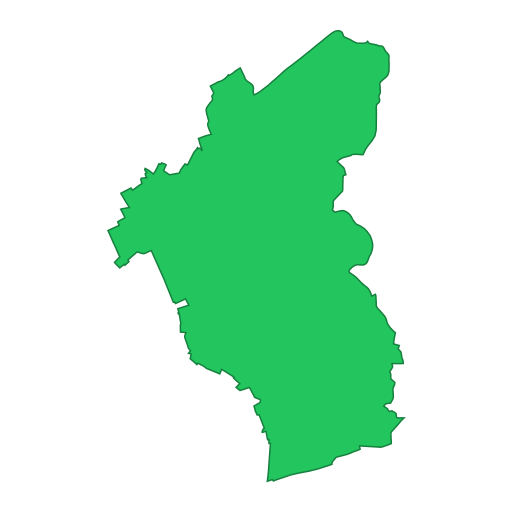 outline of An Thi, Hưng Yên, Vietnam
{"feature_id": "81297802B29202402001629", "entity_name": "An Thi", "entity_type": "district", "adm_level": 2, "iso_a3": "VNM", "parent_name": "Vietnam", "parent_adm1": "Hưng Yên", "projection": "orthographic", "projection_center": [106.109, 20.813], "detail": "fine", "context": "isolated", "style": "filled", "palette": "green", "viewbox_px": 512, "rotation_deg": 0, "n_neighbors": 0, "source": "geoboundaries", "source_scale": "gbopen_adm2", "svg_char_len": 6034}
<svg xmlns="http://www.w3.org/2000/svg" viewBox="0 0 512 512"><path d="M367.6,41.3L366.7,42.2L366.0,42.7L364.6,43.2L357.8,43.2L356.4,42.9L353.1,41.4L350.4,39.7L344.9,37.2L343.9,36.6L343.4,35.6L343.0,34.7L342.7,33.6L342.1,32.5L341.1,31.6L339.9,31.0L338.8,30.7L337.6,30.8L336.5,30.9L335.0,31.3L333.7,32.0L332.0,33.0L330.2,34.4L325.7,37.9L322.9,40.3L316.7,45.2L310.1,50.7L300.0,58.8L291.2,65.6L287.1,68.6L285.6,69.9L284.0,71.2L275.0,79.4L272.3,81.6L268.5,85.1L258.9,92.4L257.1,93.4L254.1,94.8L253.3,93.5L253.2,91.6L253.5,88.3L253.1,86.2L252.2,84.8L251.2,83.9L246.9,80.9L245.3,79.0L244.7,78.0L244.7,77.2L240.2,67.9L235.2,71.1L232.5,73.4L228.8,75.6L228.4,74.9L227.3,76.2L226.0,77.6L224.2,79.1L222.3,80.4L220.1,81.4L218.5,81.7L210.3,86.1L213.5,92.4L213.5,93.6L213.2,94.5L212.3,95.3L212.0,95.7L211.9,96.4L212.4,98.4L212.4,100.2L211.8,101.0L210.6,102.2L209.1,104.2L206.9,107.3L206.1,109.8L206.6,113.3L207.3,115.7L208.2,119.3L208.8,120.7L208.8,121.2L208.3,122.0L207.7,123.9L207.8,125.2L208.0,126.2L209.7,130.9L211.4,134.1L209.5,134.8L205.7,135.8L198.4,138.5L198.9,139.7L199.9,143.7L201.6,148.3L202.0,150.3L201.5,150.4L200.9,148.3L198.2,148.2L197.7,148.8L197.4,147.9L196.7,149.0L194.0,152.2L187.8,164.4L187.3,165.1L186.1,164.4L185.0,163.9L181.9,168.1L180.5,170.2L180.0,171.3L179.7,172.1L179.6,173.0L169.6,174.8L163.6,170.8L164.2,169.1L165.5,166.4L166.1,164.8L164.4,163.9L161.5,162.9L160.6,164.4L159.0,163.7L156.8,168.3L155.3,171.1L153.5,174.0L148.8,170.4L145.2,168.4L144.7,169.7L145.2,170.7L146.7,172.6L145.2,173.7L145.6,175.5L146.7,177.6L141.2,178.3L140.8,179.5L141.1,180.9L142.0,183.5L138.7,185.7L132.6,190.2L131.0,188.0L120.8,193.3L125.8,201.8L129.4,207.5L121.5,208.9L120.7,209.2L123.8,215.1L124.9,217.7L124.0,218.3L119.4,220.7L117.7,221.9L119.2,225.4L108.0,230.5L111.9,239.3L113.4,242.8L115.9,248.0L116.8,250.3L118.1,253.3L119.8,256.9L114.5,262.4L115.6,263.7L119.7,267.9L124.3,264.3L124.9,265.3L129.0,261.6L127.9,259.9L130.5,257.7L136.7,252.3L137.4,252.0L142.5,253.6L144.0,253.6L145.0,253.3L148.9,251.5L151.3,250.6L164.2,279.6L173.3,302.2L173.6,302.4L173.8,302.4L174.8,302.1L175.5,303.5L178.2,302.3L185.5,298.9L188.8,305.2L177.8,308.7L178.9,312.8L178.1,313.0L178.4,313.9L179.2,313.7L180.9,323.9L180.3,324.9L180.5,332.1L183.6,332.3L185.9,332.6L184.8,335.7L184.7,336.8L185.0,338.1L187.4,344.7L188.1,347.3L188.6,348.4L189.3,349.3L190.5,350.7L188.5,353.3L191.2,354.0L190.2,358.8L194.2,362.1L196.9,364.6L197.9,363.2L202.5,365.6L204.1,366.5L206.6,368.5L214.6,371.7L219.8,373.9L221.6,369.4L225.4,371.6L233.2,376.6L234.1,377.3L233.5,378.0L236.5,380.8L239.8,383.7L238.0,385.4L236.1,387.4L240.0,390.5L244.3,389.2L249.1,387.5L249.6,388.0L250.6,389.5L254.7,397.4L258.1,398.8L260.0,399.4L260.5,400.1L260.0,402.6L254.0,406.0L255.4,411.2L257.2,415.0L259.1,414.9L264.3,428.2L263.7,428.6L263.3,429.0L262.9,429.5L262.3,431.2L262.1,432.2L262.7,432.3L263.2,432.2L264.7,431.6L265.8,431.3L266.0,431.6L267.6,439.7L268.8,439.3L269.0,443.4L270.4,443.5L268.9,465.0L268.5,470.8L267.9,476.8L267.3,481.3L272.4,479.6L273.4,481.0L275.7,480.0L290.8,474.9L298.1,473.2L309.7,471.0L312.2,470.3L316.6,469.3L329.4,465.2L332.0,464.3L332.0,462.9L332.0,462.5L332.3,462.0L334.6,459.1L336.3,457.2L346.6,454.5L349.3,453.6L353.4,451.8L357.6,450.3L360.1,449.3L359.5,445.9L380.8,447.2L382.9,446.7L388.1,444.9L391.3,443.6L391.3,442.1L391.0,437.7L390.9,433.1L391.2,432.3L391.9,431.3L398.1,424.4L401.1,420.8L404.0,417.9L398.0,417.9L397.0,417.6L396.5,417.2L396.4,416.8L396.2,414.0L395.7,413.2L395.2,412.8L394.4,412.2L392.5,411.2L391.9,410.8L389.8,411.5L388.5,410.7L387.4,408.7L384.4,406.6L383.8,406.3L384.9,404.7L385.3,404.2L385.8,403.9L386.6,403.6L390.6,403.1L392.6,399.5L393.2,398.1L393.3,397.2L393.3,395.8L393.1,392.1L392.9,389.7L392.9,388.9L393.2,387.9L394.5,384.8L394.8,383.5L394.8,382.5L394.7,382.3L394.2,381.8L392.3,380.2L391.8,379.7L391.2,379.1L390.9,378.4L390.7,377.7L390.8,374.9L390.7,374.0L390.2,372.6L390.0,372.0L389.7,371.7L391.0,369.8L392.4,367.5L392.6,366.7L392.0,363.6L399.4,363.6L403.3,363.5L403.0,360.6L402.7,359.6L402.2,358.7L402.0,358.1L401.4,354.3L401.0,352.2L400.6,351.5L398.1,348.8L399.3,345.5L396.1,344.6L393.5,343.8L393.9,340.7L394.6,336.7L395.4,332.7L394.0,331.6L392.5,330.2L389.9,327.3L388.1,324.7L387.3,323.2L386.9,321.8L386.2,319.2L385.2,317.1L384.1,315.5L379.7,310.4L378.3,309.1L377.3,307.8L376.6,306.6L376.3,305.7L376.2,304.7L376.2,302.4L375.9,296.3L375.8,295.4L375.4,294.3L371.9,296.0L371.3,294.9L370.5,292.5L369.6,290.7L368.5,289.0L367.4,287.8L363.4,284.6L360.3,281.7L356.6,277.8L355.5,276.8L354.3,275.9L350.6,273.3L349.7,272.6L349.1,271.8L349.0,271.1L349.1,270.6L350.4,268.9L352.5,266.9L354.2,265.8L356.0,265.0L356.9,264.8L357.9,264.7L360.7,265.0L363.3,264.9L364.4,264.6L365.2,264.2L366.1,263.4L366.8,262.7L367.7,260.9L368.7,258.2L369.4,256.4L371.0,253.5L371.7,251.4L372.4,248.8L372.7,246.2L372.6,244.0L372.1,241.4L371.3,238.6L370.5,236.6L369.9,235.4L367.0,231.4L364.8,229.1L363.6,228.1L361.0,226.4L358.7,225.2L357.2,224.6L356.2,224.0L355.2,223.0L353.0,220.0L351.3,216.7L350.2,215.1L349.1,213.9L348.0,213.0L346.8,212.1L345.5,211.4L344.1,210.8L343.1,210.6L342.1,210.6L339.7,211.0L338.2,211.3L335.0,212.3L334.7,211.9L332.9,210.5L332.4,209.9L332.8,208.6L333.3,206.4L333.2,201.8L333.4,201.0L334.3,199.7L342.5,191.1L342.7,190.0L343.0,177.8L343.3,175.7L345.9,174.7L344.0,168.2L343.0,167.0L341.7,165.9L337.1,161.5L339.0,159.9L342.2,158.0L344.4,157.2L349.7,155.9L351.2,155.3L351.9,154.7L352.8,154.4L354.5,154.3L356.9,154.3L361.9,154.7L363.1,154.6L364.8,150.9L365.6,149.2L368.3,145.3L372.0,140.7L374.9,136.0L376.1,130.4L376.2,128.2L376.3,125.2L376.3,122.4L376.4,113.5L376.3,107.4L376.4,105.8L376.7,104.7L377.4,103.8L378.4,103.0L379.1,102.2L379.6,101.1L379.7,100.0L379.4,98.6L379.0,97.6L378.9,96.1L379.2,95.1L379.9,93.8L380.3,92.3L380.1,86.8L379.7,83.8L380.6,81.9L383.6,79.1L385.7,77.5L387.5,75.5L388.4,73.4L389.0,70.9L389.0,67.6L389.1,63.8L388.9,60.7L389.0,56.4L388.8,55.1L387.9,53.8L385.5,51.1L383.6,47.6L382.6,46.4L381.2,46.0L379.9,46.0L378.0,45.5L376.3,44.8L370.2,43.7L369.1,43.2L368.3,42.3L367.6,41.3Z" fill="#22c55e" stroke="#15803d" stroke-width="1.5"/></svg>